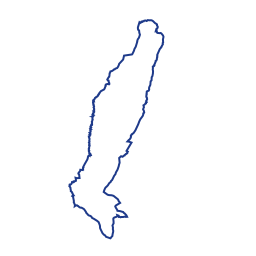 Arpasu De Jos, Sibiu, Romania, rotated 212°
{"feature_id": "2599482B95893109106034", "entity_name": "Arpasu De Jos", "entity_type": "district", "adm_level": 2, "iso_a3": "ROU", "parent_name": "Romania", "parent_adm1": "Sibiu", "projection": "robinson", "projection_center": [24.641, 45.716], "detail": "fine", "context": "isolated", "style": "outline", "palette": "blue", "viewbox_px": 256, "rotation_deg": 212, "n_neighbors": 0, "source": "geoboundaries", "source_scale": "gbopen_adm2", "svg_char_len": 5889}
<svg xmlns="http://www.w3.org/2000/svg" viewBox="0 0 256 256"><g transform="rotate(212 128 128)"><path d="M174.3,223.7L173.0,218.8L172.6,218.0L171.5,216.7L170.3,216.6L168.9,214.8L167.3,213.4L166.6,210.5L166.6,209.4L166.7,208.4L166.2,206.4L165.9,206.2L164.5,201.0L164.4,198.4L163.9,196.7L163.5,193.1L163.6,192.5L169.7,187.3L168.4,183.5L169.5,177.7L169.1,176.3L168.9,174.4L169.0,173.1L170.2,171.6L170.3,170.8L171.0,170.1L171.0,169.6L171.7,168.0L172.9,166.6L172.5,165.4L172.6,164.7L171.5,162.6L171.1,161.5L171.3,161.2L171.3,158.2L170.5,157.7L169.6,157.9L169.0,157.1L167.6,156.1L167.1,155.3L167.2,155.0L168.6,154.6L169.7,153.4L169.8,152.6L169.7,152.2L169.2,151.9L169.0,150.0L168.8,149.6L168.7,148.1L170.5,144.9L170.7,143.4L170.6,142.9L170.8,142.6L170.7,142.3L170.8,141.9L170.6,141.6L170.5,141.1L170.9,140.6L170.8,140.1L170.6,139.8L170.8,139.5L170.6,139.1L170.8,138.2L171.4,137.6L171.3,137.0L171.9,136.1L171.7,135.0L171.7,134.3L172.0,133.9L171.8,133.7L172.0,133.3L171.5,132.9L171.7,132.7L171.3,132.5L171.4,132.3L171.1,132.2L171.5,131.8L171.2,131.1L170.8,131.0L170.5,130.3L170.0,130.1L169.8,129.5L169.5,129.5L169.4,129.1L168.9,129.0L168.6,128.5L168.2,128.3L168.1,127.2L167.2,126.8L167.0,126.3L166.8,126.1L166.8,125.8L166.3,125.5L166.1,125.0L165.5,124.2L166.1,123.8L165.4,123.4L165.1,123.0L165.2,122.2L165.5,121.9L165.3,121.2L164.8,121.1L165.1,120.3L164.6,120.0L164.2,120.1L164.3,119.9L163.9,119.6L164.0,119.5L164.2,119.2L164.0,119.3L163.9,118.9L164.1,118.7L163.9,118.2L163.6,118.1L163.5,117.6L162.5,116.5L162.6,116.2L162.3,115.9L162.0,114.1L161.6,114.0L161.2,113.2L161.2,112.8L160.5,112.3L160.1,111.5L160.2,111.3L160.8,110.8L160.4,110.3L160.5,110.0L160.4,109.6L160.6,109.4L160.5,109.0L159.6,108.8L159.8,108.4L159.5,107.8L159.6,107.5L159.0,107.4L159.3,107.1L158.8,106.9L158.9,106.3L158.5,106.3L157.9,105.4L157.7,104.7L158.2,103.7L157.3,103.4L157.5,103.1L157.3,102.7L157.0,102.7L157.0,102.9L156.5,102.5L157.0,101.9L156.4,101.6L156.5,101.0L156.2,100.7L156.2,100.4L156.7,100.0L156.4,99.6L156.0,99.5L155.5,98.8L155.0,98.6L154.5,97.7L154.2,96.8L153.6,96.4L153.5,95.2L153.1,95.2L152.4,94.3L152.5,94.1L152.2,93.8L152.2,93.5L151.5,93.1L151.7,92.6L151.0,92.1L150.5,90.4L150.1,90.0L150.2,89.4L149.8,89.1L149.6,88.7L148.9,88.3L149.0,87.8L148.7,87.7L148.6,87.3L148.0,86.8L147.7,86.7L147.4,86.0L146.2,86.1L145.1,85.3L146.1,84.5L145.9,84.2L146.5,84.2L146.8,83.5L146.6,82.1L146.3,81.6L145.8,79.8L145.6,74.5L145.3,71.0L144.9,70.9L144.9,70.2L144.2,69.2L144.5,69.1L144.2,68.3L146.3,67.3L145.8,66.2L146.1,64.2L146.1,63.3L145.8,62.9L144.8,62.7L142.6,59.9L144.9,58.3L146.1,58.0L144.5,56.2L144.4,55.8L144.2,55.6L144.5,55.1L145.9,53.9L145.8,53.6L145.3,53.4L145.4,53.1L146.8,52.5L146.4,51.2L146.4,50.6L146.8,49.4L147.5,49.1L147.4,48.6L146.7,47.8L146.7,47.6L146.4,47.6L146.1,47.3L145.2,46.9L144.3,45.7L143.3,44.7L143.0,44.1L141.7,44.0L140.9,43.3L140.5,43.3L139.7,42.6L138.8,42.2L139.0,42.1L138.5,41.3L139.2,41.1L139.2,40.9L138.6,41.1L138.4,40.9L138.5,40.7L138.4,40.8L135.2,37.4L134.6,36.2L133.8,35.8L133.4,35.4L132.4,34.8L132.0,34.2L131.7,33.5L131.1,34.9L130.2,35.4L129.7,35.2L129.1,35.4L127.2,35.1L126.3,35.2L125.2,35.8L122.9,35.9L122.1,35.8L119.3,34.6L118.2,33.8L117.0,33.7L116.5,33.3L116.0,33.2L114.8,33.1L113.3,33.5L112.1,33.4L110.7,32.7L109.2,32.9L105.1,32.9L103.0,32.6L100.5,30.7L99.8,30.0L98.7,28.4L97.9,27.8L93.9,25.3L91.7,24.7L90.5,24.8L89.0,24.1L84.5,25.1L84.3,25.9L84.3,27.0L84.0,28.0L84.9,30.1L85.6,32.2L86.3,33.3L87.1,34.0L88.0,35.6L89.5,37.1L89.7,39.5L90.6,40.9L92.3,43.1L92.5,43.7L92.2,44.8L90.9,46.4L90.2,47.6L90.3,47.9L90.9,48.4L89.9,48.6L90.0,48.1L89.4,48.2L88.6,47.7L88.1,48.1L86.9,48.4L86.7,48.9L84.9,50.0L83.8,51.1L82.8,51.4L81.7,52.2L83.1,53.1L85.6,53.8L86.6,53.8L87.5,54.2L90.7,53.3L93.1,52.2L93.9,52.9L96.2,54.0L97.3,54.8L97.2,55.9L95.0,60.3L97.4,61.2L98.4,62.0L98.9,62.2L104.3,62.8L106.2,62.3L108.6,61.0L110.0,60.6L114.7,60.9L115.2,62.8L115.5,65.0L115.4,65.9L115.0,67.2L114.7,68.7L114.7,71.3L114.1,73.1L114.3,74.0L113.9,75.5L114.4,80.1L114.2,82.3L114.7,83.9L114.8,87.1L115.6,90.6L116.2,92.2L116.7,94.1L119.6,97.9L118.9,100.4L117.4,100.7L117.1,101.3L117.1,101.7L116.8,102.2L116.6,102.9L116.4,103.0L116.5,103.4L116.1,104.1L116.1,104.7L115.6,105.3L115.6,105.7L115.3,106.2L115.6,106.6L115.6,107.8L117.1,107.8L117.3,117.5L120.0,116.9L121.3,116.3L121.0,118.2L120.6,119.1L120.5,120.8L120.8,122.2L121.4,122.7L121.6,123.3L121.4,123.9L121.5,124.6L121.1,125.0L121.2,125.3L120.6,126.8L120.5,129.9L121.3,136.5L121.9,139.4L122.2,141.8L121.9,145.9L122.2,147.5L122.8,148.5L122.5,149.0L122.5,149.8L123.9,151.2L125.0,151.7L125.3,152.5L125.5,154.1L126.9,155.4L126.4,156.5L126.1,158.0L125.8,158.4L126.4,159.1L125.9,159.9L126.9,160.5L127.0,161.0L126.9,162.0L127.1,162.4L127.1,162.7L127.8,163.3L128.2,163.9L129.0,164.1L129.7,165.4L129.8,166.1L130.2,166.4L130.2,166.9L130.7,167.3L130.9,168.1L131.3,168.6L131.4,169.0L131.1,169.5L130.4,170.4L130.2,170.8L130.6,172.2L131.2,172.8L131.6,173.8L131.9,176.4L133.5,179.5L133.3,180.9L134.8,183.6L134.8,184.9L135.7,187.3L136.9,189.5L138.0,190.7L138.6,192.0L139.5,193.2L139.2,194.2L138.8,194.3L138.7,194.9L138.8,195.2L139.3,195.6L139.3,196.8L139.5,197.2L139.5,197.8L139.7,198.4L139.7,198.9L140.1,199.5L139.7,200.4L139.9,201.0L139.9,201.5L140.4,202.3L140.5,203.1L140.9,203.4L140.9,203.9L141.3,204.4L141.3,204.8L141.9,205.3L142.0,205.8L142.9,212.0L142.6,213.1L142.8,213.9L142.5,214.7L142.8,215.5L142.8,217.5L143.6,218.3L143.5,219.1L145.3,221.6L146.2,224.1L147.3,225.0L149.9,225.9L150.8,225.8L151.4,225.2L153.3,224.3L154.0,224.3L154.8,225.3L155.7,224.6L156.1,225.8L156.1,226.5L156.4,226.9L156.4,227.3L156.0,227.7L156.1,228.0L156.0,228.8L156.6,229.8L157.8,230.3L158.3,231.2L158.6,231.3L160.7,231.3L163.4,231.9L164.7,231.9L165.6,231.6L166.7,230.8L168.5,229.9L168.7,229.5L168.7,228.9L168.9,228.6L170.2,228.4L171.1,227.6L171.2,226.8L171.8,226.6L171.9,226.2L172.5,225.8L172.3,225.4L173.0,225.0L172.8,224.5L173.3,223.5L174.3,223.7Z" fill="none" stroke="#1e3a8a" stroke-width="2"/></g></svg>